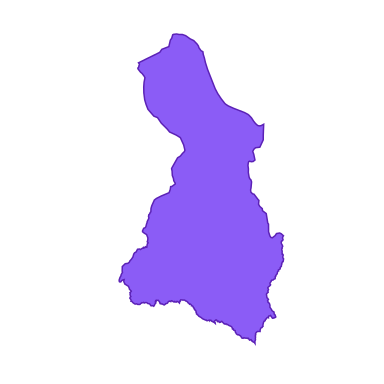 Xamtay, Houaphan, Laos (Mercator projection), rotated 82°
{"feature_id": "54806243B53408209397741", "entity_name": "Xamtay", "entity_type": "district", "adm_level": 2, "iso_a3": "LAO", "parent_name": "Laos", "parent_adm1": "Houaphan", "projection": "mercator", "projection_center": [104.808, 19.985], "detail": "fine", "context": "isolated", "style": "filled", "palette": "violet", "viewbox_px": 384, "rotation_deg": 82, "n_neighbors": 0, "source": "geoboundaries", "source_scale": "gbopen_adm2", "svg_char_len": 6129}
<svg xmlns="http://www.w3.org/2000/svg" viewBox="0 0 384 384"><g transform="rotate(82 192 192)"><path d="M49.2,204.5L56.6,227.0L57.9,226.3L58.6,226.4L59.8,227.1L60.7,227.3L61.8,228.4L62.9,228.2L66.2,226.3L67.7,224.9L70.8,223.2L72.3,222.7L76.7,224.2L81.4,225.2L87.2,225.9L94.1,226.0L98.9,225.3L104.0,224.1L111.6,219.2L113.5,215.8L119.6,212.8L126.2,207.8L129.5,205.8L133.3,199.9L136.5,196.0L144.2,193.7L149.6,193.2L150.9,193.9L152.5,196.1L154.8,198.5L156.1,201.5L165.1,208.4L166.1,209.0L168.4,208.8L172.9,209.2L176.1,208.5L178.3,208.5L181.0,207.4L181.7,207.5L183.7,211.1L183.7,212.4L186.5,213.2L189.5,214.8L191.7,223.1L193.4,228.1L194.7,230.4L200.1,233.8L202.6,234.9L205.9,235.5L206.4,236.2L207.8,237.0L208.6,238.0L210.4,238.5L211.4,238.3L212.3,238.6L215.0,240.5L215.5,240.5L217.4,241.5L219.9,242.5L220.5,243.0L221.0,243.8L221.2,244.9L223.6,246.4L224.5,246.5L226.2,244.9L227.8,242.9L231.3,242.1L233.5,242.5L235.1,243.3L235.8,242.6L236.3,242.6L236.7,243.1L237.5,243.6L240.4,244.5L240.2,245.1L239.7,245.8L240.5,246.3L240.7,246.7L240.0,247.8L240.4,248.2L240.9,248.2L240.9,249.3L241.8,251.1L241.2,251.7L241.1,253.9L243.6,255.7L244.2,257.3L245.3,258.3L248.2,259.6L250.1,261.3L251.7,263.2L252.9,263.9L253.7,265.4L253.7,268.1L256.1,271.4L260.8,272.2L261.8,272.0L263.9,273.6L265.2,274.1L266.6,275.2L268.8,276.3L269.8,276.5L270.7,276.4L271.0,276.1L271.1,275.0L270.0,274.0L269.4,272.5L269.3,271.4L270.2,271.8L271.3,272.0L272.8,271.6L273.2,271.3L273.7,271.4L276.5,268.1L278.6,267.5L279.5,267.5L281.7,265.9L281.9,265.9L283.1,267.5L283.7,267.2L284.7,267.6L285.9,267.5L287.1,267.1L287.7,268.0L288.7,268.3L289.8,267.6L291.1,267.4L291.7,267.6L291.8,266.9L293.5,265.8L295.0,264.1L295.1,263.8L295.0,262.3L295.7,261.7L296.1,259.5L295.9,258.9L295.3,258.4L295.0,257.4L294.6,257.1L294.9,255.8L294.6,255.2L295.3,254.6L295.0,253.3L295.1,252.8L295.4,252.0L296.3,251.3L296.8,249.6L299.0,248.4L299.2,246.4L299.8,245.8L299.0,245.0L298.1,244.6L296.9,243.3L296.2,243.6L295.5,243.5L295.5,242.8L294.4,243.0L294.2,242.2L294.5,241.4L294.6,240.4L295.2,240.2L295.9,239.5L297.1,239.4L297.7,239.2L297.8,238.8L298.2,238.9L298.7,237.6L298.6,237.3L300.0,235.3L299.5,234.2L298.9,233.7L298.9,232.5L298.6,231.7L297.7,231.1L296.9,229.7L297.6,228.2L296.9,227.8L296.8,227.5L297.2,226.7L298.1,225.7L298.3,225.4L298.0,224.4L298.6,224.2L298.6,223.9L298.8,222.6L298.3,222.3L298.3,221.9L299.0,220.8L300.2,219.9L298.8,219.4L298.5,218.8L297.9,218.9L297.2,218.1L297.6,216.8L297.6,216.4L297.8,216.1L297.9,214.7L298.3,214.0L299.0,213.5L299.3,212.7L300.5,211.5L301.0,211.5L302.0,210.4L302.8,210.1L302.6,209.6L302.8,209.1L304.1,208.2L304.6,208.3L304.7,207.7L305.2,207.1L306.8,206.6L307.2,206.1L307.5,206.2L307.9,205.9L308.4,206.0L308.7,205.6L309.4,205.5L309.8,204.9L310.9,204.6L311.5,204.8L311.8,204.5L313.4,204.5L313.9,203.8L314.1,203.9L315.1,203.0L316.0,202.5L317.5,200.5L319.0,199.2L320.8,196.3L320.8,195.7L321.6,195.1L321.3,192.7L321.4,192.4L322.0,192.3L321.5,191.8L321.7,191.0L322.8,190.4L323.1,189.6L323.7,189.2L324.1,188.3L325.3,187.3L324.4,187.3L323.5,187.9L323.1,187.9L322.0,186.2L322.1,185.5L323.8,184.9L323.4,184.3L323.8,183.4L324.3,183.5L325.0,182.8L324.9,181.7L324.3,181.2L324.2,180.5L327.0,178.5L327.0,177.9L327.5,177.6L327.4,176.4L327.8,175.9L328.2,175.8L328.2,175.2L329.4,173.9L330.3,172.3L330.9,171.6L331.9,171.1L333.3,171.0L333.4,170.2L333.8,170.3L334.7,169.8L335.2,168.6L336.6,168.6L338.8,167.7L339.7,166.8L339.9,165.5L340.3,165.3L341.2,164.0L343.6,162.9L344.0,161.7L343.5,160.8L344.0,160.1L344.5,157.6L344.8,157.2L344.6,156.8L344.8,156.4L345.8,156.1L346.7,155.6L346.7,155.2L346.4,154.6L346.4,154.1L347.9,153.5L348.0,153.0L348.8,152.6L349.7,151.2L350.7,150.7L348.6,150.5L347.2,149.7L345.5,149.6L344.4,149.2L343.4,149.4L342.2,148.7L341.8,148.9L340.9,148.7L339.8,147.6L339.2,146.6L339.6,144.0L338.0,143.7L336.7,143.0L336.1,142.4L335.9,141.4L335.2,141.0L334.8,140.3L333.9,140.4L331.2,139.4L330.0,138.6L330.0,138.0L329.3,137.3L328.5,137.1L328.3,136.8L328.3,136.5L327.5,135.8L326.9,135.1L326.8,134.0L327.0,133.8L326.0,133.7L325.5,133.2L325.5,132.0L325.2,131.4L328.2,129.9L328.1,129.0L328.3,128.5L327.9,128.0L327.8,126.9L327.4,126.4L325.1,126.9L324.3,127.6L322.8,127.5L321.9,127.7L321.6,128.4L320.3,129.5L319.7,129.5L316.9,130.9L315.5,130.6L313.8,130.7L312.7,131.1L311.7,132.1L310.9,132.0L310.2,132.3L309.6,131.9L309.2,131.3L307.8,131.8L307.2,132.5L303.6,132.5L303.0,132.2L301.9,130.5L300.4,130.7L299.4,129.8L297.5,130.3L297.0,130.0L295.5,127.7L295.0,127.2L294.6,127.1L293.8,127.6L292.9,127.4L291.5,126.0L291.0,126.0L290.6,125.7L290.4,125.3L290.5,124.1L289.7,123.0L289.6,122.0L289.3,121.7L287.3,121.3L287.0,120.7L286.4,120.7L284.8,119.0L283.1,118.5L282.3,117.8L282.2,117.2L281.1,117.2L280.6,115.6L280.2,115.3L279.3,115.3L278.6,114.7L278.2,113.9L276.6,113.5L275.8,113.0L275.4,113.2L274.9,112.8L274.2,112.5L273.7,112.1L273.8,111.7L273.5,111.4L270.9,110.6L269.8,111.2L268.3,111.0L267.1,110.4L266.7,110.6L266.2,111.3L265.7,111.0L265.1,111.3L262.9,110.9L262.4,111.1L261.5,111.1L261.0,111.1L260.3,110.5L259.8,110.6L258.3,109.7L257.8,110.0L257.3,109.9L255.8,110.6L254.7,110.7L253.4,110.4L252.9,109.9L252.9,109.3L252.0,108.5L250.0,108.8L249.6,108.5L248.8,108.2L248.1,107.5L245.7,109.5L244.8,110.9L244.9,114.1L246.8,115.8L248.5,118.8L248.0,120.2L246.2,121.0L242.1,121.7L234.4,120.7L233.4,121.3L223.7,121.5L220.3,124.8L218.3,124.7L215.7,126.9L213.4,127.8L209.6,126.9L208.9,127.5L202.8,130.9L202.2,132.3L200.3,133.7L198.1,133.7L196.2,133.0L190.3,131.6L188.1,132.0L186.8,133.0L184.9,133.4L180.5,133.5L177.0,132.9L173.6,132.9L171.3,132.3L169.9,131.7L169.5,130.8L170.3,129.0L170.3,127.2L169.1,125.2L163.1,125.6L160.3,126.2L158.3,124.8L157.0,122.9L157.1,118.6L150.3,114.2L145.5,113.5L134.9,111.6L135.9,114.3L135.9,116.1L135.3,117.7L133.0,119.6L130.5,121.1L126.8,122.8L124.0,124.8L122.9,125.8L120.6,129.0L115.0,139.0L111.8,144.1L109.7,146.5L108.7,147.3L103.6,150.2L98.2,152.8L92.9,154.7L72.9,159.5L65.7,160.7L61.0,161.1L57.3,161.7L54.6,161.7L53.3,163.4L50.0,165.1L48.4,165.3L46.3,166.3L42.3,169.2L40.1,172.5L36.3,176.5L34.7,179.6L34.2,182.9L33.4,185.2L33.3,188.3L33.6,189.2L36.9,190.7L38.6,192.3L44.8,194.7L46.5,202.0L49.2,204.5Z" fill="#8b5cf6" stroke="#5b21b6" stroke-width="1.5"/></g></svg>